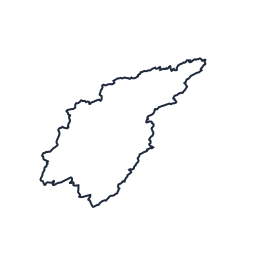 an SVG outline of Novgorod, rotated 328°
{"feature_id": "RUS-2334", "entity_name": "Novgorod", "entity_type": "Region", "adm_level": 1, "iso_a3": "RUS", "parent_name": "Russia", "parent_adm1": "", "projection": "natural_earth1", "projection_center": [32.749, 58.181], "detail": "fine", "context": "isolated", "style": "outline", "palette": "slate", "viewbox_px": 256, "rotation_deg": 328, "n_neighbors": 0, "source": "natural_earth", "source_scale": "10m", "svg_char_len": 5778}
<svg xmlns="http://www.w3.org/2000/svg" viewBox="0 0 256 256"><g transform="rotate(328 128 128)"><path d="M183.0,91.2L183.2,92.6L183.7,92.9L185.3,93.4L186.8,93.1L187.4,93.2L187.5,93.3L187.4,93.8L186.1,95.8L189.7,96.6L190.2,97.5L190.5,97.6L191.7,97.5L192.1,97.6L192.1,98.3L192.6,98.5L193.3,98.6L195.4,97.8L196.5,97.9L196.6,98.3L195.7,99.7L195.2,102.6L195.8,102.7L197.5,102.0L198.1,102.1L197.9,102.7L198.0,103.3L198.5,104.0L199.6,104.6L200.3,104.6L200.6,103.5L201.0,103.1L203.7,101.5L206.9,101.6L207.4,101.9L208.0,102.0L210.0,101.9L210.2,102.0L210.4,102.5L211.1,102.7L212.3,102.6L213.4,101.9L214.0,101.9L214.5,102.2L216.7,103.7L216.6,104.0L215.8,103.9L215.0,104.1L215.0,104.6L215.3,105.0L216.0,105.3L217.2,105.4L218.7,105.1L220.9,105.1L221.2,105.2L221.6,106.0L221.9,106.1L223.1,106.3L224.2,106.9L225.7,107.0L226.2,107.4L226.4,108.5L226.9,109.4L226.5,110.2L226.7,110.5L227.2,110.6L229.1,110.7L229.6,111.0L229.7,111.3L228.5,112.1L228.2,112.5L227.7,113.6L227.8,114.1L227.5,114.7L226.6,115.0L226.1,114.8L225.3,114.8L222.5,116.1L221.1,116.4L220.7,116.9L221.0,118.1L217.4,118.3L215.7,117.7L209.5,117.2L208.6,117.2L207.2,117.8L205.5,118.3L203.5,117.9L201.6,119.4L200.9,119.6L199.8,119.6L199.6,119.7L199.7,120.1L200.3,120.7L199.8,122.1L200.1,123.8L199.8,124.4L197.4,125.4L196.3,126.1L194.4,126.4L193.3,127.1L192.8,127.1L191.9,126.3L190.8,126.3L190.1,125.7L186.7,126.0L185.1,125.4L184.4,125.5L182.6,126.4L182.2,126.7L182.0,127.2L182.9,128.2L182.9,128.4L182.4,129.0L182.9,130.9L182.9,131.2L182.6,131.7L181.8,131.9L181.0,131.8L178.4,130.6L177.1,130.6L176.7,130.2L176.4,129.5L175.9,129.2L165.2,126.7L163.3,127.4L162.3,127.5L161.8,127.2L161.5,126.5L160.9,126.3L160.6,126.4L159.0,128.1L157.0,129.2L154.7,129.3L152.1,128.7L150.8,128.9L150.3,129.2L149.6,129.9L149.6,130.1L150.0,130.6L149.8,131.0L148.4,131.1L147.2,132.0L146.5,132.8L146.7,133.1L148.1,133.7L149.4,133.6L151.1,134.9L151.4,136.0L151.0,136.5L151.6,138.0L151.6,138.4L151.3,139.0L150.6,139.9L148.1,140.6L147.7,140.9L147.4,142.9L147.1,143.9L147.2,145.1L146.5,146.2L144.7,147.5L143.4,147.5L142.6,147.7L140.0,148.8L139.7,149.3L140.3,150.7L139.5,152.4L139.2,152.6L137.7,152.8L137.3,153.0L137.2,153.3L137.5,155.0L138.8,157.1L139.1,157.7L137.6,157.9L137.2,157.7L136.8,157.0L136.6,156.9L132.7,156.3L132.6,156.5L132.8,157.0L132.7,157.2L131.5,157.5L128.0,156.8L126.3,156.9L124.0,156.5L122.5,157.9L120.2,158.8L120.0,159.1L120.0,159.7L119.9,160.4L119.6,161.2L119.1,161.7L117.9,162.3L115.8,162.8L115.0,163.3L114.7,163.8L113.8,163.8L112.5,164.2L111.5,165.4L111.0,165.6L109.5,165.3L108.0,164.1L107.3,163.9L106.7,164.0L106.8,164.6L107.4,165.4L107.4,166.8L107.4,167.1L105.4,167.6L102.6,167.7L101.7,168.9L100.2,169.1L98.6,170.1L97.7,170.4L97.4,170.6L97.0,171.5L96.7,171.7L96.4,171.6L95.3,170.4L93.2,171.2L92.5,171.3L91.0,170.9L89.8,170.9L89.6,171.3L88.7,172.1L88.4,172.8L88.3,173.4L88.6,174.7L87.7,174.9L86.8,175.9L85.3,176.7L84.3,177.6L82.8,177.4L81.3,177.6L80.4,177.6L79.1,177.3L77.7,176.5L77.1,176.3L75.5,176.5L71.1,177.8L70.7,177.8L70.3,177.2L69.7,176.9L67.5,176.4L63.8,176.8L63.2,177.3L62.3,177.6L61.2,176.9L57.7,176.7L56.6,176.4L56.4,175.8L56.5,173.0L57.3,169.3L56.4,168.0L56.4,167.7L57.1,167.1L59.1,166.5L59.2,166.0L60.0,165.7L60.3,165.5L60.5,164.7L52.5,162.3L51.0,161.3L50.4,160.7L50.2,160.4L51.5,159.8L51.9,159.4L51.9,158.6L51.7,156.6L51.8,155.7L53.5,153.7L55.6,150.3L52.8,149.0L51.4,147.7L51.4,147.4L52.6,146.1L52.8,145.6L52.8,145.2L50.1,144.3L49.6,143.9L49.7,143.7L52.3,143.1L52.8,142.7L53.8,140.9L53.8,140.4L53.6,140.0L53.3,139.6L42.0,138.6L41.0,138.0L39.1,137.4L34.9,137.2L34.4,136.7L34.3,136.0L37.0,134.1L37.1,133.9L37.0,133.5L36.3,133.5L35.3,134.1L34.6,134.1L33.5,133.5L31.4,131.7L30.7,131.3L29.4,131.4L27.9,132.3L27.2,132.2L27.0,131.9L27.5,128.4L27.5,127.9L26.5,126.7L26.3,126.1L26.5,125.3L27.5,124.5L30.0,123.0L30.4,122.7L31.1,121.7L31.7,121.1L34.8,119.4L35.5,118.3L36.4,117.3L37.3,117.2L38.4,117.4L39.1,116.4L41.0,115.6L41.1,115.2L40.7,114.8L40.8,114.3L42.4,113.8L40.5,111.0L40.0,109.9L40.0,109.5L40.2,108.6L40.9,107.5L40.9,107.1L40.5,106.4L40.4,106.0L40.6,105.8L42.2,104.7L43.1,104.5L44.6,105.1L45.4,104.9L46.0,105.0L46.7,105.6L48.0,105.9L48.8,106.6L49.4,106.8L50.0,106.7L52.7,105.9L54.4,105.6L55.7,105.7L59.1,105.2L59.5,104.8L59.7,102.6L59.8,102.1L60.9,101.0L65.6,97.8L67.1,96.3L67.6,94.9L67.7,92.9L68.3,92.3L69.0,92.1L70.3,91.9L71.1,92.4L73.1,92.2L73.2,92.4L73.3,93.1L74.3,94.3L76.2,96.0L77.7,95.9L78.0,95.6L77.8,95.1L78.2,94.4L78.9,93.9L79.7,92.9L81.0,92.4L82.2,91.6L83.1,90.2L83.3,88.5L84.0,87.3L85.4,86.9L85.5,86.8L85.5,86.1L84.8,85.5L84.6,84.8L85.0,83.7L85.1,82.9L84.7,81.3L84.8,81.0L85.3,80.7L86.4,80.8L89.0,81.6L90.5,82.2L91.6,82.8L93.2,82.9L93.8,82.8L94.1,82.6L94.5,82.1L95.5,80.4L96.5,79.8L97.3,79.5L98.0,80.2L99.4,80.5L101.3,80.2L102.9,79.7L103.2,79.8L103.5,80.8L103.8,81.1L105.6,82.1L105.9,82.7L106.1,83.8L107.5,84.0L107.9,84.5L108.6,85.0L108.7,85.3L108.7,86.0L108.0,86.8L108.0,87.1L108.4,87.4L108.9,87.5L109.2,87.1L109.7,87.0L111.8,87.2L113.1,87.6L114.5,87.6L115.7,88.0L117.0,88.1L118.4,88.6L118.7,88.9L118.8,89.6L119.1,90.3L120.2,90.1L120.8,89.7L122.4,87.3L122.6,86.7L122.0,86.0L121.6,85.2L121.6,84.7L123.4,83.2L125.1,81.5L126.3,81.2L127.8,80.2L128.1,79.8L128.3,78.9L128.6,78.4L129.1,78.2L130.1,78.3L130.4,78.5L131.4,79.9L131.7,80.1L132.8,80.1L134.9,80.7L136.7,81.6L137.3,82.4L137.6,82.5L139.1,82.6L140.2,82.6L140.5,82.2L140.6,80.3L145.7,80.5L146.9,81.2L148.4,81.7L149.2,82.7L149.5,83.0L151.1,83.2L152.0,83.5L153.2,84.9L154.8,86.0L154.9,86.6L155.2,86.9L156.0,87.4L156.4,87.4L157.0,87.0L157.7,87.0L158.1,87.9L158.8,88.6L159.5,89.1L160.5,89.4L161.7,89.5L162.7,89.4L163.8,89.5L164.0,89.4L164.0,88.9L164.5,88.4L165.3,88.3L167.1,88.5L167.8,87.7L168.3,87.4L169.4,87.9L171.7,88.2L172.5,88.6L173.1,89.2L173.8,89.6L175.8,89.9L176.7,90.6L177.6,90.9L180.0,90.7L183.0,91.2Z" fill="none" stroke="#1e293b" stroke-width="2"/></g></svg>